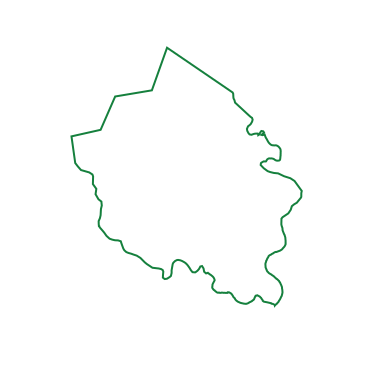 Girard/Babonneau, Castries, Saint Lucia, rotated 152°
{"feature_id": "8701671B73614942856081", "entity_name": "Girard/Babonneau", "entity_type": "district", "adm_level": 2, "iso_a3": "LCA", "parent_name": "Saint Lucia", "parent_adm1": "Castries", "projection": "mercator", "projection_center": [-60.96, 14.001], "detail": "fine", "context": "isolated", "style": "outline", "palette": "green", "viewbox_px": 384, "rotation_deg": 152, "n_neighbors": 0, "source": "geoboundaries", "source_scale": "gbopen_adm2", "svg_char_len": 5846}
<svg xmlns="http://www.w3.org/2000/svg" viewBox="0 0 384 384"><g transform="rotate(152 192 192)"><path d="M279.1,172.3L278.2,169.8L276.7,168.0L274.6,166.0L273.1,164.3L270.7,161.8L268.5,158.0L266.7,152.0L265.7,149.6L262.5,143.7L259.2,141.4L257.3,140.1L255.4,138.4L254.5,136.8L254.7,135.2L256.4,132.6L257.9,130.1L257.0,128.0L254.9,127.2L254.3,127.2L251.6,127.4L250.0,127.8L248.0,130.1L246.8,132.4L242.9,137.4L241.7,138.3L239.4,139.0L237.4,139.0L236.2,138.6L234.4,137.2L233.2,135.8L232.0,134.0L231.1,132.4L230.4,130.2L230.1,128.5L229.8,126.0L229.7,123.6L229.2,121.0L227.7,120.0L226.8,119.5L224.1,119.9L221.8,120.8L219.6,122.3L217.9,121.9L217.7,119.1L218.7,115.9L217.8,113.5L216.2,113.3L215.9,113.2L215.8,112.5L215.5,112.2L215.3,111.9L215.3,111.7L215.0,111.3L215.0,111.1L214.8,110.6L214.4,110.1L214.2,109.7L214.1,109.4L213.5,108.0L213.3,107.3L213.2,106.9L213.1,106.2L213.1,105.5L213.1,105.1L213.3,103.8L213.4,103.5L213.9,103.1L215.1,102.3L216.0,101.7L216.4,101.4L216.8,101.1L217.3,100.7L217.6,100.3L218.1,99.4L218.3,99.1L218.8,98.6L219.0,97.9L219.1,97.6L219.0,96.8L219.0,96.5L218.8,95.9L218.8,95.4L218.5,94.9L218.2,94.5L218.1,93.8L217.9,93.4L217.7,92.9L217.5,92.6L217.4,92.2L217.2,91.8L217.0,91.5L216.7,91.1L216.0,90.7L215.4,90.6L215.0,90.2L214.9,90.0L214.5,89.7L213.2,89.2L212.9,89.2L211.8,88.4L211.4,88.1L211.0,88.0L210.8,87.8L210.4,87.6L209.9,87.3L209.6,87.1L209.3,86.9L209.0,86.8L208.7,86.7L208.3,86.4L208.1,86.5L207.6,86.3L207.4,86.5L207.2,86.3L206.8,86.3L206.6,86.2L206.3,85.9L206.2,85.7L205.7,85.0L205.2,84.2L205.2,83.9L205.0,83.6L204.9,83.2L204.8,82.4L204.8,82.0L204.7,81.5L204.7,80.6L204.7,79.6L204.5,79.1L204.2,78.2L204.1,77.9L204.2,77.5L204.2,77.1L204.2,76.9L204.1,76.3L203.9,75.6L203.7,75.0L203.3,74.3L203.2,73.9L201.9,72.2L201.7,71.9L201.5,71.7L201.2,71.4L201.1,71.2L200.7,70.9L200.4,70.6L199.7,70.0L199.3,69.7L198.8,69.2L198.5,69.0L198.2,68.8L197.9,68.6L197.6,68.4L197.2,68.1L196.7,67.9L196.3,67.7L195.9,67.7L195.2,67.5L194.7,67.5L194.3,67.5L193.8,67.6L193.5,67.5L193.0,67.6L192.4,67.6L191.9,67.5L191.4,67.5L190.5,67.6L190.3,67.5L189.9,67.6L189.5,67.8L188.6,67.8L188.3,68.0L187.9,68.0L187.5,68.2L187.2,68.5L186.8,68.8L186.4,69.2L186.1,69.4L185.9,69.6L185.6,69.8L185.3,69.9L185.0,70.0L184.9,70.3L184.5,70.5L184.0,70.5L183.7,70.4L183.1,70.1L182.8,70.1L182.4,69.5L182.3,69.3L182.0,69.0L181.5,68.1L181.2,67.7L181.1,67.2L181.0,66.7L180.7,66.1L180.7,65.2L180.7,64.8L180.5,64.2L180.5,63.5L180.4,63.1L180.5,62.8L180.6,62.6L180.3,62.0L180.1,61.6L180.0,61.4L179.5,61.0L177.4,59.3L174.3,56.6L174.3,56.1L173.2,55.3L171.8,53.3L172.0,52.9L170.8,53.3L170.0,53.5L169.1,53.6L168.8,53.9L168.2,54.1L167.9,54.2L167.7,54.2L167.2,54.4L166.7,54.8L165.9,55.3L164.9,55.8L164.2,56.3L163.6,56.7L162.9,57.3L162.1,57.8L161.5,58.2L161.1,58.7L160.6,59.2L159.4,60.6L158.9,61.5L158.8,61.9L158.4,62.7L158.1,63.4L158.0,63.8L157.8,64.5L157.6,64.9L157.3,65.6L157.1,66.4L157.1,66.9L157.0,67.4L156.9,68.5L156.9,69.1L156.9,69.8L156.7,70.8L156.9,71.2L157.0,71.7L156.9,72.6L157.1,72.9L157.3,73.6L157.4,74.0L157.8,75.2L158.2,75.6L158.2,75.8L158.4,76.4L158.9,77.7L159.1,78.3L159.2,78.9L159.6,79.6L159.7,79.9L160.4,81.1L160.6,81.5L160.6,81.8L161.0,82.4L161.3,82.8L162.1,84.2L162.3,84.7L162.5,85.8L162.8,86.4L162.8,87.3L162.8,87.7L162.6,88.4L162.7,88.7L162.5,89.6L162.5,90.7L162.1,91.5L161.8,92.3L161.4,93.0L161.2,93.6L161.0,93.9L160.9,94.1L160.7,94.4L160.2,94.9L159.2,95.8L158.7,96.5L158.0,96.8L157.4,97.4L157.1,97.6L156.5,98.1L155.7,98.4L155.2,98.8L154.3,99.5L153.2,99.7L152.3,99.7L151.5,99.6L150.9,99.8L150.3,99.8L149.4,99.7L148.7,99.9L148.2,99.9L147.4,99.9L146.6,99.9L146.3,99.8L145.6,99.4L144.8,99.3L144.0,99.2L143.3,99.1L142.6,99.0L142.0,98.9L140.0,99.0L139.1,99.2L138.3,99.6L137.7,99.8L136.3,100.3L135.5,100.7L135.1,101.0L134.6,101.4L134.2,101.6L133.7,102.2L133.6,102.6L133.4,102.8L133.1,103.5L132.9,103.7L132.6,104.4L132.2,105.1L132.0,105.6L131.5,106.9L131.2,107.4L130.9,108.3L130.8,108.9L130.6,109.9L130.4,111.0L130.5,111.2L130.4,112.3L130.0,115.6L129.1,117.7L128.7,120.1L128.3,121.5L125.5,126.5L123.9,127.2L117.0,127.9L113.1,130.0L110.5,132.6L107.5,133.2L104.5,133.3L102.2,134.3L98.6,135.8L97.8,136.4L96.0,139.7L94.6,141.4L96.3,153.6L98.7,158.0L103.3,162.7L107.2,168.0L110.8,170.4L113.7,173.0L115.4,174.9L117.5,179.3L118.7,183.6L117.6,185.1L117.0,185.3L114.8,185.4L114.1,185.3L113.3,184.7L112.4,184.3L112.2,184.3L111.9,184.5L111.0,185.1L110.2,185.5L109.3,185.6L108.6,185.6L108.0,185.4L107.0,184.8L106.1,184.4L105.0,183.5L104.5,183.0L104.1,182.4L104.0,182.1L103.6,181.3L102.9,180.3L102.0,179.6L101.1,179.2L100.3,178.9L99.9,178.9L99.4,179.0L99.0,179.3L98.6,179.8L97.9,180.8L97.4,181.6L96.6,182.7L96.2,183.5L95.7,184.3L95.3,185.1L94.5,186.4L94.2,187.2L93.9,188.0L93.8,188.9L94.0,190.1L94.2,191.1L94.6,192.1L95.4,193.3L96.0,193.8L96.8,194.2L97.7,194.6L98.5,195.2L99.2,195.6L99.6,196.0L100.1,196.7L100.5,197.6L100.8,198.5L101.1,199.7L101.2,201.8L101.2,202.6L101.2,204.0L101.3,205.0L101.3,205.9L101.2,206.4L101.1,207.3L100.9,208.6L103.1,209.1L103.8,209.8L101.8,210.3L100.5,210.7L100.6,212.1L102.1,213.3L103.5,212.7L105.7,211.2L106.8,211.1L106.5,211.8L106.5,212.7L108.9,213.9L110.4,214.3L112.6,214.6L114.1,215.8L114.5,217.3L114.5,220.0L113.9,221.9L111.7,223.7L109.8,224.0L108.3,224.4L105.9,225.9L104.5,227.4L104.2,229.3L105.0,230.8L106.1,233.8L112.0,250.7L111.4,253.2L111.4,255.0L111.0,256.2L109.5,259.4L109.4,260.8L146.3,331.1L179.7,300.6L215.0,312.4L234.8,296.7L243.5,289.8L272.3,297.7L281.5,272.4L280.8,268.2L279.7,263.5L273.5,257.5L271.7,254.2L272.0,252.2L275.8,245.5L275.0,239.7L278.2,235.3L278.0,229.5L276.5,226.1L278.0,222.4L280.4,219.7L283.6,214.4L285.6,212.1L288.1,210.1L289.4,207.5L290.2,205.6L289.9,205.3L290.1,204.7L290.0,203.8L289.7,202.4L289.1,199.8L288.6,197.4L288.1,193.4L287.5,191.7L286.7,189.5L284.8,187.4L282.6,185.5L280.2,184.1L279.6,183.6L278.0,181.9L278.3,180.5L278.7,177.9L279.2,174.3L279.1,172.3Z" fill="none" stroke="#15803d" stroke-width="2"/></g></svg>